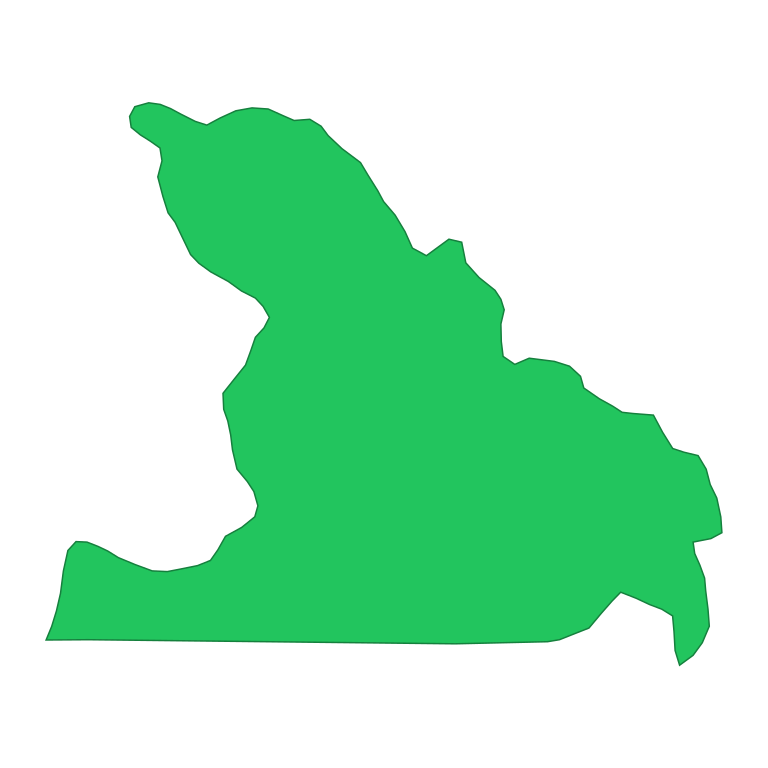 Cipó, Bahia, Brazil (Albers equal-area conic projection)
{"feature_id": "56859067B81796628868211", "entity_name": "Cipó", "entity_type": "district", "adm_level": 2, "iso_a3": "BRA", "parent_name": "Brazil", "parent_adm1": "Bahia", "projection": "albers", "projection_center": [-38.527, -11.094], "detail": "fine", "context": "isolated", "style": "filled", "palette": "green", "viewbox_px": 768, "rotation_deg": 0, "n_neighbors": 0, "source": "geoboundaries", "source_scale": "gbopen_adm2", "svg_char_len": 1766}
<svg xmlns="http://www.w3.org/2000/svg" viewBox="0 0 768 768"><path d="M268.2,109.0L252.0,107.9L235.8,110.8L220.1,118.0L206.8,125.1L195.3,121.4L180.2,113.8L170.6,108.6L160.2,104.4L148.7,102.8L134.8,106.7L129.6,116.4L131.2,127.4L140.4,134.9L149.9,140.9L160.0,148.0L162.0,160.8L157.8,176.9L162.9,196.4L168.1,212.9L175.1,222.3L182.1,236.9L190.6,254.6L198.9,263.3L210.9,272.0L228.2,281.4L241.5,291.0L255.4,298.1L263.1,306.4L269.4,317.4L264.0,327.9L255.4,337.3L250.9,350.4L245.5,365.1L234.1,379.3L223.0,393.3L223.7,409.3L227.8,421.0L230.7,435.0L232.5,449.9L237.0,469.1L247.3,481.5L253.9,491.6L257.9,505.8L254.8,516.8L241.7,527.4L225.5,536.3L217.9,549.8L210.5,560.4L197.6,565.6L180.3,569.1L167.3,571.6L152.2,570.9L134.9,564.5L118.3,557.6L107.7,551.0L98.0,546.4L87.0,542.1L76.0,541.6L67.9,550.5L63.4,570.9L60.5,593.4L56.4,611.1L51.7,626.4L46.1,640.0L88.1,639.7L455.2,643.8L547.6,641.7L559.5,639.7L572.3,634.6L589.0,628.0L601.3,613.3L612.1,601.0L620.7,592.2L636.0,598.2L649.7,604.6L661.8,609.2L672.6,615.9L674.0,631.5L675.1,650.5L679.6,665.2L693.1,655.3L702.3,642.7L709.3,626.2L708.0,609.2L705.7,590.9L704.6,578.1L699.9,565.2L694.7,553.5L693.1,542.1L710.9,538.6L721.9,532.7L720.8,516.9L716.8,498.1L710.2,484.5L706.2,469.2L698.1,455.6L683.9,452.2L672.7,448.5L662.6,432.3L653.4,415.1L632.9,413.5L622.1,412.3L612.9,406.3L599.4,398.8L583.8,388.0L580.5,376.3L569.5,366.2L554.4,361.4L541.8,359.8L529.2,358.2L514.8,364.4L503.1,356.4L501.3,341.5L500.9,324.0L504.2,309.8L500.9,299.3L495.0,290.3L479.0,277.5L465.8,262.8L461.7,242.2L448.9,239.2L426.4,255.7L412.4,248.1L405.0,231.6L395.1,215.1L383.6,201.6L377.8,190.8L367.9,175.0L360.5,162.6L342.0,148.7L328.1,135.6L321.1,126.2L309.8,119.3L294.1,120.5L283.1,115.7L268.2,109.0Z" fill="#22c55e" stroke="#15803d" stroke-width="1.5"/></svg>